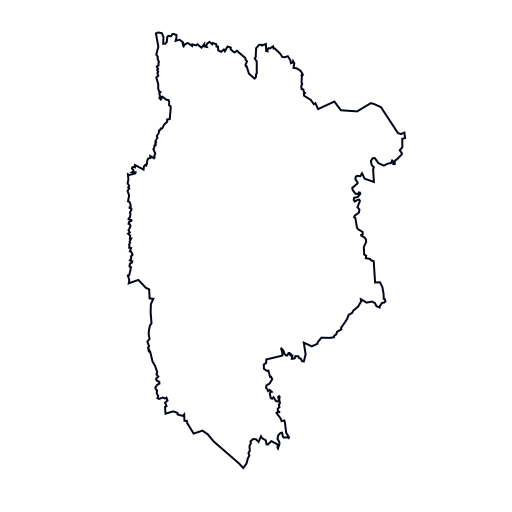 Nocupétaro, Michoacán, Mexico (Equal Earth projection), rotated 6°
{"feature_id": "50627088B79738723822926", "entity_name": "Nocupétaro", "entity_type": "district", "adm_level": 2, "iso_a3": "MEX", "parent_name": "Mexico", "parent_adm1": "Michoacán", "projection": "equal_earth", "projection_center": [-101.218, 19.078], "detail": "fine", "context": "isolated", "style": "outline", "palette": "ink", "viewbox_px": 512, "rotation_deg": 6, "n_neighbors": 0, "source": "geoboundaries", "source_scale": "gbopen_adm2", "svg_char_len": 6040}
<svg xmlns="http://www.w3.org/2000/svg" viewBox="0 0 512 512"><g transform="rotate(6 256 256)"><path d="M265.5,468.2L268.2,463.5L269.1,458.0L270.2,455.2L269.1,452.8L270.2,450.3L269.4,445.7L270.4,442.9L269.9,440.9L272.2,438.4L275.0,438.2L278.0,440.6L279.8,434.8L281.2,436.6L285.0,438.3L286.2,442.2L287.6,442.2L290.6,438.5L297.4,441.3L297.4,444.2L298.0,445.1L299.0,440.1L298.4,438.2L296.5,435.6L296.9,431.9L298.9,429.4L300.4,429.0L301.5,432.6L302.5,433.7L306.2,433.0L307.5,433.7L307.8,433.0L304.5,428.7L302.1,418.3L301.2,416.6L298.7,417.5L297.4,414.9L292.8,410.0L294.2,408.9L296.2,408.9L293.9,407.8L293.6,405.6L295.1,403.8L294.2,401.5L295.2,399.9L294.1,396.3L294.2,393.5L293.7,393.0L292.7,393.9L293.9,396.8L293.3,398.3L291.0,398.2L288.2,394.6L287.1,396.2L286.2,396.1L285.4,395.5L284.1,391.2L284.7,389.8L285.8,389.4L283.6,387.8L282.1,389.1L281.1,387.2L279.8,386.2L279.9,383.6L282.8,381.5L285.0,376.8L283.6,374.5L282.7,374.8L280.3,368.7L278.9,369.1L275.7,367.4L275.1,363.1L277.3,361.3L277.1,357.8L292.6,352.3L292.4,349.7L290.4,344.7L293.1,347.2L294.5,350.4L296.4,351.8L297.5,351.6L298.5,349.1L299.4,349.0L300.7,349.8L300.1,350.4L300.7,351.3L302.6,351.2L302.4,354.5L305.1,353.8L305.7,351.5L308.5,351.3L309.7,353.1L311.1,353.3L313.0,355.9L314.6,355.9L315.6,348.5L312.6,337.2L320.9,340.0L326.1,337.0L326.6,335.0L329.6,330.4L338.3,329.7L342.0,328.6L342.1,327.2L344.0,325.5L344.5,323.0L348.5,320.1L348.0,318.8L353.1,309.3L354.3,304.8L357.6,302.5L358.5,300.1L362.8,295.7L365.3,290.2L364.8,288.0L370.9,290.8L376.2,289.2L379.2,290.4L381.0,293.3L384.3,294.3L384.6,292.5L386.2,289.5L388.4,288.9L389.5,287.6L388.6,285.4L387.5,285.2L386.9,280.6L385.0,273.9L382.0,269.2L377.2,269.9L373.6,248.9L370.9,248.3L369.7,247.0L365.4,246.7L365.5,244.2L363.4,243.2L362.3,235.7L364.1,230.5L363.6,228.0L362.1,226.3L358.5,224.7L358.4,224.1L359.8,223.3L359.6,221.0L354.7,218.7L353.5,217.3L350.8,207.8L349.5,207.1L350.0,205.5L353.8,202.1L354.0,198.9L351.8,196.9L353.6,190.4L352.8,189.2L351.2,189.5L348.6,191.5L347.3,190.0L347.4,188.0L351.3,186.4L353.2,183.3L352.7,182.1L351.7,182.0L350.9,183.7L348.5,183.7L345.3,180.4L344.6,178.2L349.3,173.3L349.4,172.4L346.7,169.1L347.0,166.6L348.3,165.7L351.3,165.8L352.8,162.7L356.0,167.8L365.5,170.0L363.4,157.5L363.9,155.4L361.6,153.5L360.3,149.5L361.9,146.5L363.9,146.2L368.1,150.9L373.6,152.7L377.5,150.3L380.5,149.5L381.4,146.8L382.5,147.7L382.9,150.2L384.3,150.1L384.1,146.7L385.9,145.3L390.4,139.6L390.3,138.5L387.9,135.8L390.2,132.6L389.2,124.2L391.9,123.1L390.7,117.8L387.3,119.6L384.3,118.9L364.7,94.9L357.4,92.5L354.2,92.0L341.5,101.6L325.2,102.2L317.8,94.2L302.4,103.4L299.1,97.8L297.7,99.0L294.1,95.0L287.1,91.6L286.6,89.4L287.7,88.7L286.2,87.3L285.7,85.4L284.0,85.3L283.2,82.5L284.0,80.1L283.2,78.9L282.8,72.8L283.5,71.2L282.5,71.1L283.0,69.6L280.7,67.0L276.9,65.1L273.7,65.0L273.9,60.3L272.5,58.3L272.3,59.7L270.6,60.6L269.7,57.7L266.8,54.0L263.8,55.3L261.3,55.3L259.2,52.5L252.9,47.6L251.9,47.9L251.1,45.7L248.3,48.0L246.6,48.1L245.7,50.3L246.0,51.2L244.7,51.0L243.6,44.1L240.1,46.0L239.9,45.4L237.0,45.7L234.4,49.3L234.9,58.3L234.1,59.7L236.4,62.5L237.7,74.4L236.9,75.6L237.3,77.9L236.0,79.7L229.9,75.4L226.9,68.4L226.1,68.4L225.6,67.0L226.7,63.3L225.1,61.8L224.7,60.2L215.5,53.9L213.4,55.8L211.5,54.8L209.2,53.1L209.1,51.3L205.8,50.7L203.6,55.6L202.4,54.0L199.9,56.6L197.0,55.5L196.3,51.8L194.9,51.9L194.3,49.5L190.8,48.7L190.4,50.0L187.3,47.9L185.3,49.8L184.4,52.3L185.1,53.2L182.7,53.0L182.4,50.6L180.0,54.5L175.6,51.6L174.2,52.8L170.6,52.2L170.5,53.8L166.0,51.3L163.0,53.0L162.1,55.0L161.4,54.1L161.7,53.0L160.8,52.3L161.1,51.2L157.4,48.9L153.6,50.4L154.1,47.2L153.7,44.4L150.6,43.8L149.5,44.2L148.5,46.4L145.9,46.2L144.9,47.2L144.9,52.5L143.5,54.4L141.5,54.6L141.1,47.9L139.2,44.3L135.4,43.9L133.2,45.1L137.0,58.0L135.8,66.1L137.6,68.3L137.4,69.9L139.2,73.3L138.8,74.9L139.2,76.6L137.5,78.0L139.1,80.3L138.3,81.4L139.5,83.0L138.8,84.4L140.0,86.9L138.2,88.8L140.8,95.4L141.2,99.6L142.4,102.4L143.9,103.0L142.8,104.7L143.9,107.0L143.4,108.9L144.9,110.3L145.5,109.4L144.7,108.2L146.2,107.3L150.6,110.0L152.7,110.0L153.5,111.8L153.8,115.2L155.3,115.9L155.7,117.7L155.9,128.9L153.4,129.5L153.6,131.8L151.0,134.8L149.3,139.0L147.9,139.2L147.7,140.6L146.5,141.2L146.4,143.9L144.8,147.1L145.6,148.7L144.0,152.4L144.8,153.4L144.0,154.3L144.7,156.1L143.4,156.7L143.6,158.6L142.8,160.5L145.1,164.6L144.3,167.4L144.9,168.6L144.4,169.5L140.4,167.6L140.7,169.6L138.5,170.4L137.9,172.5L137.8,176.2L136.9,176.6L137.2,177.6L135.9,177.5L135.2,178.7L135.1,181.8L126.2,178.2L126.3,180.4L125.1,180.0L123.6,181.0L123.4,181.8L125.0,183.3L125.1,184.6L124.1,185.5L127.5,185.3L127.4,186.4L121.6,188.7L120.1,188.1L121.1,193.3L120.7,197.0L122.5,199.5L121.8,201.2L122.9,201.9L121.4,204.7L123.5,209.0L123.0,215.0L124.5,215.4L125.7,217.6L126.2,220.4L125.2,220.7L125.2,221.4L127.1,221.9L127.3,222.7L126.1,226.0L126.8,227.6L126.6,230.2L125.4,232.5L128.4,233.4L128.3,234.2L126.4,234.9L125.9,237.3L127.4,237.8L127.9,238.8L127.9,240.4L126.5,243.6L128.0,245.7L126.4,247.2L128.7,248.8L128.8,252.0L130.0,251.7L128.8,254.9L129.4,256.1L128.6,257.9L129.2,259.4L128.9,261.0L130.9,261.2L130.1,264.5L131.4,264.8L133.1,267.7L131.7,269.4L132.2,271.6L131.1,273.5L133.5,274.2L133.3,275.4L131.6,276.6L131.2,279.0L131.5,279.9L132.6,279.9L132.8,281.4L131.9,288.3L130.6,288.8L132.5,293.2L132.3,296.5L141.5,292.1L149.7,299.1L153.2,300.3L154.6,309.3L158.3,309.3L156.5,314.9L157.1,323.1L159.1,333.8L157.8,336.2L157.3,340.7L157.4,344.8L158.8,349.7L156.9,352.4L159.1,357.0L158.2,358.4L159.8,360.9L159.0,360.9L159.4,362.1L161.0,362.9L164.0,371.5L167.2,376.0L169.8,381.6L169.4,384.0L171.5,386.3L169.9,387.7L169.5,389.1L170.5,390.4L172.9,391.2L173.3,393.0L171.2,394.4L169.6,397.3L170.3,399.0L171.6,400.0L171.7,403.3L173.4,405.4L172.8,407.6L174.5,408.3L178.1,406.5L180.3,407.2L181.7,406.2L183.1,409.0L180.9,411.4L182.7,414.7L181.3,415.7L182.5,422.3L189.8,419.2L194.3,420.2L194.6,421.8L200.0,422.7L201.1,421.1L202.1,427.4L204.4,427.2L205.1,429.4L212.5,439.1L221.0,435.3L226.7,438.4L233.2,444.8L260.8,464.1L265.5,468.2Z" fill="none" stroke="#020617" stroke-width="2"/></g></svg>